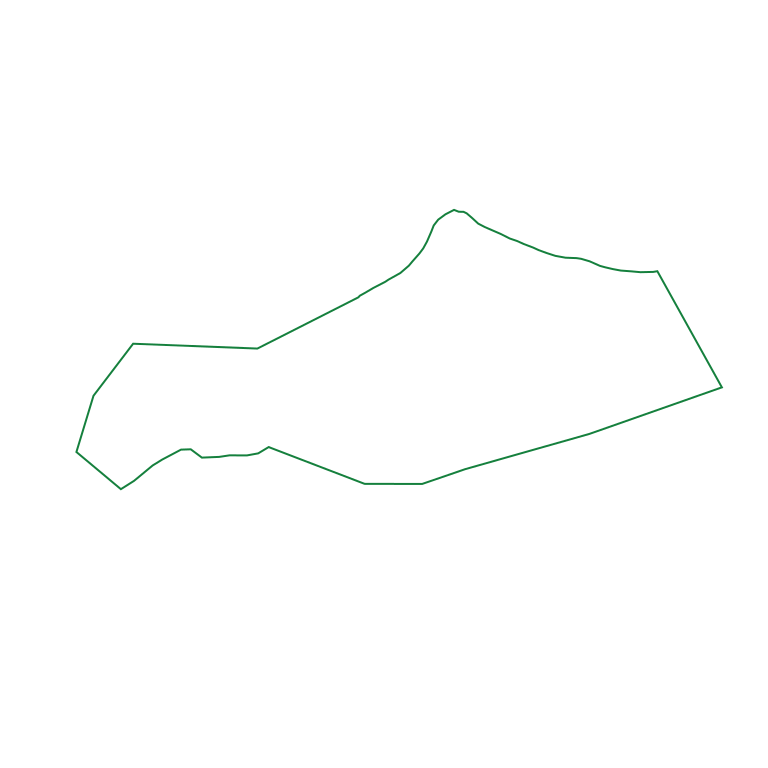 outline of Bishop'S Gap/Ghirawoo Road, Castries, Saint Lucia, rotated 247°
{"feature_id": "8701671B64130059422641", "entity_name": "Bishop'S Gap/Ghirawoo Road", "entity_type": "district", "adm_level": 2, "iso_a3": "LCA", "parent_name": "Saint Lucia", "parent_adm1": "Castries", "projection": "natural_earth1", "projection_center": [-60.984, 14.001], "detail": "fine", "context": "isolated", "style": "outline", "palette": "green", "viewbox_px": 768, "rotation_deg": 247, "n_neighbors": 0, "source": "geoboundaries", "source_scale": "gbopen_adm2", "svg_char_len": 957}
<svg xmlns="http://www.w3.org/2000/svg" viewBox="0 0 768 768"><g transform="rotate(247 384 384)"><path d="M519.1,168.8L486.7,112.0L441.6,74.3L390.0,100.7L392.5,116.0L399.4,139.2L401.1,150.3L402.9,171.5L399.4,180.6L387.4,187.6L381.3,203.8L378.7,213.9L371.8,230.0L369.3,241.1L371.0,253.2L299.7,327.1L277.1,380.0L273.9,425.3L257.8,553.6L248.9,693.7L381.0,679.7L382.0,675.6L386.7,663.8L391.1,655.6L395.9,646.3L400.4,639.5L405.0,633.2L408.3,629.0L416.6,621.2L422.2,614.4L424.6,610.5L429.3,600.5L435.0,591.8L441.1,584.8L446.8,578.7L451.3,574.6L458.2,567.4L463.7,562.3L468.8,556.6L476.7,549.9L483.1,543.8L489.0,538.2L494.8,533.4L502.1,530.1L508.8,526.8L511.5,524.4L513.3,520.2L516.9,516.5L516.2,506.9L514.1,498.1L510.5,491.7L505.9,487.2L498.3,479.2L493.5,473.1L490.3,467.6L485.6,457.8L483.2,453.1L479.8,442.5L478.3,428.8L477.6,425.2L476.6,411.9L475.3,401.9L474.7,396.2L473.8,394.3L466.1,281.3L519.1,168.8Z" fill="none" stroke="#15803d" stroke-width="2"/></g></svg>